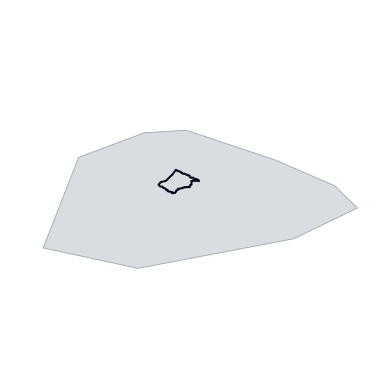 Tete Chemin/Millet, Anse-la-Raye, Saint Lucia shown in context, rotated 77°
{"feature_id": "8701671B40430448784583", "entity_name": "Tete Chemin/Millet", "entity_type": "district", "adm_level": 2, "iso_a3": "LCA", "parent_name": "Saint Lucia", "parent_adm1": "Anse-la-Raye", "projection": "robinson", "projection_center": [-60.996, 13.893], "detail": "fine", "context": "in_parent", "style": "outline", "palette": "ink", "viewbox_px": 384, "rotation_deg": 77, "n_neighbors": 0, "source": "geoboundaries", "source_scale": "gbopen_adm2", "svg_char_len": 4437}
<svg xmlns="http://www.w3.org/2000/svg" viewBox="0 0 384 384"><g transform="rotate(77 192 192)"><path d="M254.2,262.0L213.0,349.6L132.7,294.6L123.6,225.5L130.6,183.5L179.7,103.5L218.0,51.6L244.8,34.4L260.4,103.4L254.2,262.0Z" fill="#d9dde1" stroke="#a8b0b8" stroke-width="1"/><path d="M182.8,182.8L182.7,182.8L182.4,182.8L182.2,182.9L182.0,183.0L181.8,183.0L181.6,183.1L181.4,183.4L181.2,183.8L181.0,184.1L180.9,184.3L180.7,184.4L180.6,184.6L180.4,184.7L180.4,184.8L180.2,185.1L180.2,185.3L180.1,185.8L180.0,186.1L179.9,186.2L179.7,186.4L179.5,186.8L179.2,187.0L179.0,187.3L178.8,187.4L178.6,187.5L178.4,187.5L178.2,188.0L178.1,188.3L178.0,188.5L177.9,188.7L177.8,188.8L177.8,189.0L178.0,189.1L178.0,189.3L177.9,189.6L177.8,189.8L177.7,190.0L177.4,190.4L177.3,190.6L177.1,190.7L176.9,190.7L176.8,190.8L176.5,190.9L176.1,190.9L175.8,190.7L175.6,190.7L175.4,190.9L175.2,191.2L175.0,191.5L174.9,191.7L174.8,191.8L174.8,192.0L174.7,192.1L174.8,192.3L174.7,192.4L174.6,192.7L174.5,192.8L174.2,193.0L173.9,193.2L173.9,193.3L173.8,193.5L173.7,193.6L173.6,193.9L173.5,194.0L173.4,194.1L173.2,194.3L172.9,194.6L172.7,194.8L172.4,195.1L172.4,195.4L172.5,195.7L172.4,195.9L172.3,196.2L172.3,196.5L172.2,196.9L172.1,197.0L171.9,197.1L171.7,197.1L171.4,197.2L171.4,197.3L171.3,197.5L171.2,197.7L171.1,197.8L170.8,197.9L170.6,197.9L170.5,198.0L170.5,198.3L170.4,198.4L170.3,198.5L170.1,198.7L169.9,198.7L169.7,198.8L169.5,199.0L169.4,199.2L169.3,199.5L169.1,199.5L168.9,199.7L168.9,199.9L168.8,200.0L168.6,200.2L168.5,200.3L168.4,200.4L168.4,200.5L168.4,200.8L168.5,201.0L168.5,201.3L168.3,201.4L168.1,201.5L167.9,201.6L167.5,202.0L167.2,202.2L167.1,202.3L166.9,202.5L166.8,202.8L170.4,206.9L172.3,210.1L175.3,215.0L175.3,220.3L177.2,222.7L177.5,222.9L177.7,222.7L177.9,222.5L178.2,222.3L178.6,222.2L179.0,222.1L179.4,221.8L179.6,221.3L179.7,221.2L179.8,221.0L179.9,220.9L180.0,220.7L180.0,220.4L179.9,220.3L179.9,220.1L180.0,220.0L180.1,219.9L180.3,219.7L180.6,219.6L180.8,219.5L180.9,219.4L181.1,219.0L181.3,218.9L181.5,218.8L181.5,218.7L181.8,218.5L182.2,218.4L182.3,218.3L182.3,218.2L182.3,217.9L182.3,217.7L182.4,217.4L182.5,217.2L182.9,217.0L183.1,216.9L183.3,216.8L183.7,216.7L183.9,216.6L184.0,216.6L184.3,216.5L184.3,216.4L184.3,216.1L184.3,215.9L184.3,215.7L184.6,215.5L184.8,215.5L185.2,215.5L185.3,215.5L185.5,215.5L185.5,215.4L185.6,215.2L185.6,214.9L185.8,214.9L186.0,214.8L186.3,214.7L186.5,214.4L186.6,214.0L186.6,213.9L186.7,213.5L186.7,213.4L186.8,213.0L186.9,212.9L187.0,212.8L187.0,212.6L187.2,212.3L187.2,212.2L187.3,212.0L187.4,211.7L187.6,211.5L187.7,211.4L187.8,211.5L188.1,211.8L188.3,211.9L188.5,211.9L188.7,211.7L188.4,211.4L188.4,211.2L188.5,211.1L188.6,210.9L188.8,210.5L188.9,210.3L188.9,210.2L188.6,210.0L188.5,209.8L188.5,209.7L188.6,209.4L188.8,209.0L188.9,208.8L189.0,208.5L188.9,208.4L188.7,208.2L188.2,207.7L187.9,207.4L187.7,207.3L187.6,207.2L187.4,207.2L187.2,207.1L186.9,206.9L186.9,206.7L186.9,206.4L186.8,206.1L186.8,205.6L186.7,205.5L186.7,205.3L186.6,205.1L186.3,204.9L186.1,204.9L185.8,204.7L185.7,204.7L185.7,204.3L185.9,204.0L186.0,203.8L186.1,203.6L186.1,203.2L186.1,202.9L186.1,202.6L185.9,202.2L185.8,201.9L185.8,201.7L185.9,201.4L186.0,201.1L186.1,200.9L186.1,200.7L186.1,200.4L186.0,200.2L185.8,200.1L185.7,200.0L185.7,199.9L185.9,199.5L186.0,199.4L186.0,199.2L185.9,199.1L185.7,198.9L185.6,198.6L185.6,198.1L185.6,197.9L185.8,197.6L186.0,197.4L186.1,197.1L186.1,196.9L185.9,196.7L185.8,196.4L185.9,196.2L186.0,196.1L186.0,195.8L186.0,195.7L186.1,195.4L186.3,195.3L186.4,195.0L186.4,194.8L186.4,194.5L186.4,194.3L186.4,194.2L186.5,194.0L186.6,193.7L186.7,193.4L186.4,193.1L186.3,192.7L186.2,192.7L185.9,192.7L185.7,192.6L185.4,192.7L185.0,192.3L184.8,192.1L184.8,191.7L184.9,191.1L184.8,190.9L184.6,190.8L184.4,190.8L184.0,190.7L183.8,190.8L183.6,190.8L183.4,190.7L183.2,190.6L183.0,190.4L182.7,190.2L182.3,190.0L182.2,190.0L181.9,190.3L181.7,190.3L181.4,190.3L181.4,190.2L181.5,190.1L181.7,189.9L181.7,189.7L181.5,189.4L181.5,189.2L181.3,189.0L181.2,188.8L180.9,188.8L180.8,188.5L180.9,188.3L181.0,188.2L181.2,187.9L181.3,187.6L181.3,187.4L181.3,187.2L181.2,187.1L181.1,186.9L181.2,186.7L181.5,186.8L181.8,186.8L181.9,186.7L181.7,186.5L181.7,186.4L181.8,186.2L181.6,186.0L181.6,185.9L181.8,185.8L181.8,185.7L181.9,185.4L182.0,185.2L182.0,184.7L182.2,184.4L182.3,184.2L182.3,183.8L182.3,183.6L182.5,183.5L182.5,183.4L182.8,183.2L182.8,182.8Z" fill="none" stroke="#020617" stroke-width="2"/></g></svg>